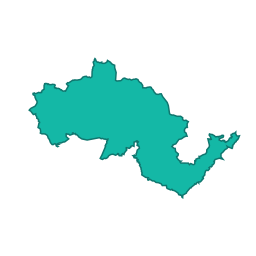 outline of Teopantlán, Puebla, Mexico, rotated 123°
{"feature_id": "50627088B18516269825492", "entity_name": "Teopantlán", "entity_type": "district", "adm_level": 2, "iso_a3": "MEX", "parent_name": "Mexico", "parent_adm1": "Puebla", "projection": "robinson", "projection_center": [-98.255, 18.735], "detail": "fine", "context": "isolated", "style": "filled", "palette": "teal", "viewbox_px": 256, "rotation_deg": 123, "n_neighbors": 0, "source": "geoboundaries", "source_scale": "gbopen_adm2", "svg_char_len": 5765}
<svg xmlns="http://www.w3.org/2000/svg" viewBox="0 0 256 256"><g transform="rotate(123 128 128)"><path d="M150.7,226.5L151.7,225.8L151.7,223.6L153.0,222.6L154.5,220.3L155.0,219.0L156.2,218.1L157.6,217.8L160.3,217.8L164.3,220.1L166.4,220.6L167.0,220.4L166.8,218.9L168.2,214.9L168.1,214.5L166.4,213.2L167.3,212.6L168.5,210.4L169.5,209.8L169.4,208.7L169.8,207.5L171.1,206.8L171.2,205.5L171.7,205.0L172.5,205.3L176.6,203.7L176.5,201.6L176.8,200.9L178.7,199.2L180.0,198.8L179.8,197.0L178.7,195.4L178.1,193.9L178.2,191.5L179.9,189.4L180.5,187.7L182.5,185.0L183.2,182.7L182.8,181.8L180.9,180.8L180.9,179.7L182.1,178.4L182.0,176.8L181.5,176.6L181.8,177.8L181.4,178.6L179.7,178.6L179.9,177.7L179.3,177.1L179.3,177.5L178.2,177.7L177.4,176.8L177.3,176.2L174.7,174.4L174.6,174.0L173.9,173.4L169.4,171.8L168.9,175.1L166.7,176.7L166.2,176.3L166.2,175.6L165.4,174.1L165.7,173.1L165.4,172.6L163.5,171.2L162.4,171.8L162.0,171.3L162.5,170.0L161.3,169.1L162.0,168.1L161.5,167.5L161.8,165.5L162.3,164.7L162.3,160.8L160.3,155.7L151.7,146.7L151.6,144.6L150.7,143.9L150.3,141.9L149.6,140.9L149.6,140.1L148.3,138.8L149.5,138.4L150.7,138.6L152.3,137.5L153.4,137.7L155.5,137.4L155.7,136.8L156.2,136.7L165.1,135.1L168.6,134.8L168.6,133.6L168.2,132.2L166.4,131.5L165.8,130.1L164.8,129.4L163.5,129.0L161.9,129.1L159.6,128.0L158.1,126.3L157.6,123.6L155.9,122.6L155.2,122.8L154.8,122.2L154.8,121.8L155.4,121.4L156.0,120.3L154.7,118.1L153.9,118.4L154.2,118.8L152.5,118.6L152.4,117.0L150.9,117.5L147.0,117.1L146.7,118.0L146.0,118.1L145.7,118.7L145.4,118.7L144.3,115.8L142.5,115.2L142.0,115.7L141.2,115.2L140.3,114.3L140.1,113.0L136.5,115.2L135.0,113.9L135.0,113.4L134.3,113.9L133.8,113.2L134.0,111.9L134.8,112.2L134.9,111.8L135.6,111.9L136.9,111.2L136.9,110.5L137.6,110.7L137.4,108.8L138.8,107.4L141.5,108.2L144.1,107.2L145.1,107.2L146.1,106.5L147.1,106.7L147.4,107.1L147.3,108.0L148.2,108.1L148.5,108.6L148.7,107.8L149.5,106.9L149.0,106.5L149.4,105.6L148.5,105.0L148.3,104.3L149.1,103.8L149.0,102.2L149.8,102.1L150.3,102.7L150.6,102.0L151.2,101.9L150.7,100.4L151.3,100.2L151.1,99.4L151.7,99.2L152.0,98.0L153.0,98.0L154.5,95.1L155.2,94.9L156.4,93.4L157.2,93.0L157.7,92.0L159.8,90.9L159.8,86.3L158.7,84.0L159.6,84.0L160.4,83.5L160.8,82.8L160.3,82.2L159.1,82.0L159.1,78.7L158.4,77.7L158.2,76.7L158.4,74.9L157.3,72.7L156.7,69.9L157.6,67.9L155.3,64.5L157.1,62.9L157.4,62.2L156.7,58.5L156.2,58.0L155.7,58.0L155.4,57.4L155.9,56.6L155.3,55.2L155.2,53.4L155.3,50.6L156.3,49.1L155.8,47.4L155.5,47.6L155.4,46.4L156.7,44.9L156.7,44.2L154.5,45.5L150.8,43.6L149.6,43.9L144.4,43.2L143.8,42.5L143.3,42.7L139.1,41.3L138.6,41.6L138.1,40.4L136.2,40.5L135.4,39.5L135.6,38.8L134.8,39.4L133.8,38.0L131.6,37.5L130.8,37.9L130.3,37.4L129.2,37.3L128.6,38.6L128.1,38.2L126.4,38.3L125.5,38.0L124.8,38.7L121.8,39.5L120.8,39.2L120.0,37.7L117.7,37.3L117.2,37.8L117.1,38.4L115.5,37.9L115.3,37.0L114.3,36.7L113.1,37.3L112.5,36.7L111.0,36.5L109.6,36.9L109.1,37.2L109.2,37.7L107.0,37.8L103.6,35.0L102.5,31.4L101.6,34.3L98.9,36.0L96.3,35.2L93.5,34.9L91.2,33.8L89.9,33.9L89.4,34.7L89.4,33.1L89.1,32.9L88.5,29.6L87.9,29.5L86.1,30.6L85.9,30.3L84.8,30.8L83.4,30.4L82.1,30.6L80.5,29.9L79.4,30.3L78.4,29.7L77.8,29.9L77.2,29.6L73.9,30.3L75.0,31.4L75.3,32.6L74.3,34.5L72.8,35.4L74.2,35.7L75.6,37.1L77.0,37.5L77.3,37.9L78.6,37.3L78.5,36.0L79.6,35.9L80.2,36.0L80.4,36.8L81.3,37.2L83.7,36.9L85.5,37.6L86.1,38.2L86.8,38.1L87.0,38.7L86.4,39.8L86.6,40.3L86.0,40.3L86.5,41.6L88.1,42.5L88.4,45.0L87.7,45.2L87.5,45.5L86.9,45.4L84.1,43.2L82.6,43.5L82.3,44.1L82.9,45.2L84.3,45.8L85.3,46.9L86.1,47.0L86.0,47.7L87.7,49.8L87.4,51.5L87.6,54.0L88.1,54.7L88.6,56.4L89.7,56.1L90.7,53.9L92.2,52.0L93.1,53.0L92.8,53.6L93.6,55.1L98.1,50.3L99.7,49.6L103.4,50.0L105.5,48.8L107.5,48.8L109.6,50.5L112.5,52.0L113.1,52.9L113.6,52.1L114.4,51.6L114.6,52.3L117.1,54.0L118.9,53.3L119.1,54.1L121.6,52.5L122.8,52.8L123.3,53.6L123.6,56.0L125.3,56.5L124.6,58.2L128.6,64.6L128.1,65.8L126.9,65.4L127.4,66.3L127.4,67.5L126.9,69.6L125.9,71.3L125.4,71.7L124.6,71.1L123.6,71.1L122.3,71.7L121.8,75.3L119.4,77.3L120.0,78.5L119.6,81.1L118.2,80.8L117.6,81.1L115.3,79.3L109.9,79.1L107.9,77.2L105.4,76.3L103.2,74.9L102.7,74.0L100.6,76.6L100.5,78.5L99.5,79.0L99.2,79.6L97.3,79.9L95.9,79.6L95.4,78.7L94.9,78.6L94.4,79.5L93.4,79.8L92.4,80.7L89.8,80.9L90.1,82.3L89.8,82.7L89.9,83.7L90.7,84.3L91.3,85.4L91.1,86.9L89.6,87.7L89.5,90.2L91.5,93.3L92.4,97.1L93.2,98.1L93.6,100.1L93.3,101.0L87.2,106.4L85.2,109.1L82.8,116.1L81.2,118.7L82.1,119.9L83.1,120.6L84.3,122.7L83.6,125.6L82.4,127.6L82.0,129.9L81.3,130.5L81.5,131.8L83.6,134.2L84.5,134.6L86.2,137.5L84.3,138.9L83.1,141.6L83.3,143.2L82.7,145.0L82.0,146.0L82.4,148.1L83.3,148.7L84.2,150.0L86.0,151.3L86.1,153.2L87.2,154.3L87.8,156.5L87.9,157.9L89.0,159.0L91.8,159.6L92.6,160.2L94.7,163.0L94.8,164.4L87.9,168.2L84.8,171.9L82.6,173.4L83.0,175.3L83.0,176.8L82.4,178.5L82.5,182.0L83.8,181.6L85.8,182.3L86.8,183.2L87.7,184.8L87.8,185.5L87.1,185.9L88.7,187.1L88.8,188.5L89.5,189.6L89.1,191.4L88.0,192.7L87.8,193.5L89.0,193.4L90.1,192.8L91.7,193.1L94.0,190.4L96.1,190.6L97.0,190.0L98.8,189.6L98.9,189.2L100.1,188.9L104.2,186.4L104.8,186.2L106.3,186.8L106.3,188.3L107.3,189.1L107.5,189.9L107.3,191.1L108.6,192.6L110.2,193.7L111.6,193.7L113.2,194.3L115.6,196.8L116.7,198.9L117.6,199.3L117.7,200.2L121.9,202.1L122.8,202.7L122.9,203.3L124.5,203.6L124.9,202.5L125.0,200.9L131.1,200.5L131.2,201.1L132.4,202.4L132.5,203.8L132.2,204.6L132.7,205.1L132.4,206.7L132.8,208.3L133.8,209.4L133.5,210.4L134.1,210.6L134.2,211.5L133.5,212.1L131.7,212.4L131.6,213.3L132.5,215.2L133.5,216.0L134.4,217.5L134.4,218.8L135.1,218.9L134.8,220.0L135.7,221.6L136.2,222.0L136.6,221.6L137.7,221.7L141.3,219.5L143.3,220.5L145.3,219.9L145.5,220.5L146.4,220.9L146.7,222.2L149.2,223.9L149.8,224.8L149.6,225.6L150.7,226.5Z" fill="#14b8a6" stroke="#0f766e" stroke-width="1.5"/></g></svg>